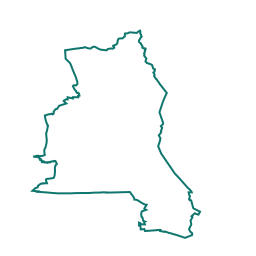 the district of Tadaiķu pag., Durbes, Latvia, rotated 11°
{"feature_id": "27541924B16755301218302", "entity_name": "Tadaiķu pag.", "entity_type": "district", "adm_level": 2, "iso_a3": "LVA", "parent_name": "Latvia", "parent_adm1": "Durbes", "projection": "natural_earth1", "projection_center": [21.303, 56.588], "detail": "fine", "context": "isolated", "style": "outline", "palette": "teal", "viewbox_px": 256, "rotation_deg": 11, "n_neighbors": 0, "source": "geoboundaries", "source_scale": "gbopen_adm2", "svg_char_len": 5370}
<svg xmlns="http://www.w3.org/2000/svg" viewBox="0 0 256 256"><g transform="rotate(11 128 128)"><path d="M202.8,179.0L202.4,178.4L202.4,178.2L200.7,176.9L197.8,175.1L188.2,167.7L182.6,163.7L165.6,146.9L161.1,140.2L161.9,133.7L161.7,132.9L161.8,131.9L159.7,129.5L159.6,129.3L160.4,128.0L161.0,126.8L161.4,125.6L160.8,124.7L161.3,122.9L161.4,121.9L161.2,121.6L161.4,121.2L159.9,119.9L160.1,119.6L161.6,117.5L161.5,116.3L156.0,106.8L155.9,106.2L157.2,96.0L158.0,91.7L159.4,86.2L150.6,78.6L149.1,77.0L148.8,76.7L147.9,76.0L147.1,75.1L146.1,74.2L145.9,74.3L143.7,72.1L144.0,71.1L144.0,70.9L143.8,70.4L143.6,70.2L143.1,69.5L142.4,69.0L142.3,68.7L142.8,68.2L143.3,67.6L143.3,67.3L143.1,66.7L143.4,65.9L143.4,65.6L143.3,65.3L142.5,65.1L141.6,64.9L141.2,64.6L140.8,63.7L140.5,63.4L140.4,62.8L140.0,62.4L139.9,61.9L139.8,61.7L138.6,61.2L136.4,60.8L135.7,60.9L135.0,60.6L134.1,60.6L133.7,60.1L133.3,59.9L132.9,59.8L132.6,59.4L132.4,59.1L132.7,56.7L132.7,56.2L130.2,54.1L130.0,53.7L130.3,52.8L130.1,52.3L129.6,51.9L129.6,51.7L129.6,51.1L130.1,49.9L130.2,49.6L130.1,49.2L129.6,48.6L129.7,48.4L130.1,47.8L130.2,47.6L130.3,47.4L130.1,47.0L130.0,46.7L129.6,46.5L127.8,46.8L127.6,46.8L126.7,46.4L126.6,46.1L126.7,45.8L126.8,45.3L126.7,45.0L125.1,43.6L124.7,42.8L124.6,42.6L123.5,42.1L122.7,41.6L122.4,41.3L122.2,41.0L122.1,40.7L122.1,40.1L122.5,38.8L123.3,37.0L123.1,37.1L123.4,35.9L123.4,35.1L123.2,34.3L123.0,33.9L122.2,33.3L121.8,32.2L121.8,31.4L121.3,30.1L121.0,30.2L119.3,31.9L118.4,33.0L111.8,33.7L110.9,34.1L109.7,35.0L109.4,35.2L107.0,35.8L107.0,36.2L107.1,36.8L107.4,38.6L107.3,38.9L106.6,39.4L105.7,41.0L104.0,41.4L102.0,42.0L101.6,42.4L101.5,42.5L101.4,43.4L101.2,44.0L101.4,46.3L100.8,48.1L99.6,48.9L97.8,50.0L97.7,50.1L97.8,50.5L98.9,51.2L99.2,51.8L98.2,52.9L95.3,53.4L93.1,54.4L92.9,54.6L92.5,55.4L92.0,55.8L91.8,55.9L86.1,56.3L84.1,55.9L79.8,54.5L79.6,54.5L77.6,55.4L76.5,56.9L76.2,57.1L73.4,57.4L70.2,56.8L69.1,57.6L68.2,58.0L65.8,58.6L65.5,58.9L61.5,60.1L51.4,63.7L51.7,64.9L51.9,65.1L51.8,65.3L53.1,70.0L53.5,71.8L55.6,73.3L58.0,74.8L59.4,76.2L62.9,81.8L67.0,87.9L68.6,90.9L69.3,91.8L69.5,92.6L69.9,94.6L68.9,96.1L66.6,96.4L65.9,97.4L68.4,100.6L70.0,101.6L70.1,102.2L71.3,103.3L71.5,103.4L72.4,102.9L72.8,103.1L73.5,104.0L74.2,105.5L72.9,106.1L73.3,107.3L68.0,108.3L68.3,109.5L63.8,109.4L63.0,109.3L63.1,109.6L63.2,111.2L63.3,111.5L62.8,111.6L62.2,111.4L61.9,111.5L60.9,112.5L60.6,112.7L60.3,113.0L60.0,113.1L59.9,113.3L59.7,113.8L62.8,115.7L56.2,119.3L54.7,122.8L53.2,123.4L52.5,125.0L52.0,125.9L51.9,126.7L52.4,127.9L52.3,128.1L51.5,129.0L50.0,128.6L49.2,129.3L48.0,129.5L47.7,129.6L44.0,131.6L44.9,134.1L45.8,136.2L46.8,138.0L48.5,140.7L48.8,140.6L49.0,140.9L49.0,144.3L48.9,147.2L48.7,149.1L49.5,151.9L50.6,155.5L50.9,158.6L50.7,163.1L50.0,165.0L50.0,165.3L50.3,166.9L50.9,169.0L51.5,170.2L51.0,170.8L49.9,171.4L48.4,172.0L47.1,172.4L46.5,172.5L45.2,172.3L44.5,172.6L43.8,172.7L42.9,173.2L41.3,173.8L41.4,174.2L42.4,174.0L44.2,173.8L46.2,173.8L46.8,174.9L47.7,174.8L48.2,174.9L48.3,175.1L48.4,175.3L48.0,175.5L47.8,176.0L47.9,176.3L48.3,176.4L49.0,176.3L49.3,176.6L49.8,176.4L50.4,176.6L50.5,176.7L50.2,176.9L50.0,177.0L50.0,177.4L50.2,177.5L50.2,177.8L50.5,177.7L50.5,177.8L50.9,177.8L51.0,177.5L51.7,177.6L51.4,177.1L51.9,176.9L52.0,177.0L52.4,177.3L52.6,177.4L52.5,177.5L52.9,177.5L53.2,177.3L53.8,177.5L54.3,177.3L54.6,177.5L54.9,177.3L55.2,177.5L55.5,177.3L55.8,177.4L56.0,176.9L56.1,176.7L56.3,176.7L56.3,177.0L56.7,176.8L57.6,176.6L57.7,176.4L58.1,176.6L58.3,176.4L58.2,176.1L58.8,175.7L59.1,175.6L60.1,175.1L61.0,175.2L61.5,174.9L61.4,174.8L61.5,174.5L61.6,174.4L63.0,174.3L63.4,174.6L63.5,174.9L64.6,176.2L65.0,177.0L64.7,177.4L64.1,178.0L63.8,180.6L63.9,181.3L64.2,183.0L64.4,183.1L64.9,187.0L65.0,188.4L64.9,189.2L64.8,190.4L64.5,191.2L62.6,192.0L60.9,192.5L60.7,192.7L57.9,193.5L57.3,194.2L57.4,194.9L59.0,197.7L54.7,198.6L54.8,198.9L54.0,199.1L52.7,199.6L51.9,200.6L50.6,201.9L50.7,203.4L50.7,203.5L48.5,204.7L46.2,207.9L51.0,207.4L50.8,207.6L50.2,207.6L50.4,208.1L50.7,208.1L51.1,208.0L51.1,207.9L51.8,207.8L51.7,207.4L52.5,207.3L53.1,207.2L53.5,207.6L54.3,207.5L60.3,206.8L67.0,206.1L71.9,205.5L77.8,204.3L84.5,203.0L89.5,201.8L94.3,200.8L102.7,199.1L108.8,197.5L112.7,196.8L115.1,196.0L119.4,195.3L119.4,195.5L129.0,193.4L133.8,192.3L142.1,190.5L142.8,191.1L144.1,192.4L145.5,193.6L147.2,195.4L147.9,196.8L147.9,197.0L149.3,196.9L150.7,197.0L152.3,197.5L154.3,198.3L158.2,199.7L160.0,199.9L160.9,199.8L159.4,204.0L160.7,204.7L161.4,204.9L157.5,207.2L157.3,209.1L157.4,210.3L158.3,212.7L159.2,213.0L160.7,216.2L162.3,216.6L162.1,216.7L161.9,217.4L162.2,218.1L163.0,219.4L159.2,220.0L158.1,219.0L156.9,218.8L157.3,220.8L157.4,221.7L158.8,221.5L158.8,221.8L159.9,224.8L159.9,225.1L163.3,224.1L164.3,225.9L172.9,223.6L178.1,222.1L179.3,221.9L179.2,223.0L179.3,223.0L183.7,223.0L184.0,222.5L188.2,223.2L188.3,223.1L190.1,223.2L194.5,223.7L194.8,223.6L204.8,224.9L206.4,224.1L210.3,221.5L211.2,221.1L211.3,219.6L210.6,218.7L209.1,218.0L207.9,216.7L207.2,215.4L208.4,211.2L208.5,210.6L208.0,209.2L207.1,207.1L207.4,206.0L208.3,203.2L207.2,202.5L209.8,199.0L211.7,199.4L213.7,199.6L214.7,196.4L207.8,194.5L207.5,194.4L206.2,192.0L205.9,191.2L203.8,187.0L202.4,187.1L202.0,186.6L202.0,186.3L201.7,186.3L201.7,186.2L201.8,186.0L201.6,185.9L201.5,185.7L201.8,183.0L200.8,182.0L199.8,179.6L202.8,179.0Z" fill="none" stroke="#0f766e" stroke-width="2"/></g></svg>